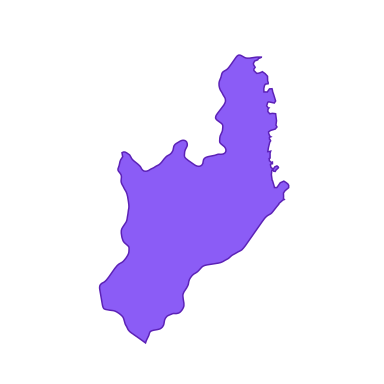 outline of Banica, La Estrelleta, Dominican Republic, rotated 125°
{"feature_id": "3306468B73916150464178", "entity_name": "Banica", "entity_type": "district", "adm_level": 2, "iso_a3": "DOM", "parent_name": "Dominican Republic", "parent_adm1": "La Estrelleta", "projection": "albers", "projection_center": [-71.658, 19.016], "detail": "fine", "context": "isolated", "style": "filled", "palette": "violet", "viewbox_px": 384, "rotation_deg": 125, "n_neighbors": 0, "source": "geoboundaries", "source_scale": "gbopen_adm2", "svg_char_len": 5522}
<svg xmlns="http://www.w3.org/2000/svg" viewBox="0 0 384 384"><g transform="rotate(125 192 192)"><path d="M200.0,271.9L202.9,269.0L206.5,268.9L208.5,268.4L212.0,266.9L215.5,265.9L216.5,265.2L217.1,264.2L217.8,261.9L218.2,260.8L218.8,259.7L219.7,258.8L220.7,258.1L223.4,256.6L224.4,255.8L225.2,254.8L225.9,253.7L227.0,251.4L228.2,249.2L229.6,246.1L230.8,244.3L232.7,242.1L236.4,238.5L238.6,236.5L240.3,235.2L241.5,234.5L243.3,233.7L246.7,231.9L249.1,230.8L251.3,229.7L252.5,229.2L253.9,228.8L255.2,228.7L260.2,228.6L262.3,228.4L263.6,228.0L264.3,227.7L266.2,226.4L267.8,224.9L269.4,223.3L270.8,221.5L271.6,220.3L271.9,219.6L272.3,218.3L272.8,213.7L273.1,212.5L273.4,212.0L274.3,211.2L276.8,209.6L278.0,209.0L279.2,208.6L281.3,208.3L284.2,208.2L287.0,208.4L288.4,208.6L289.7,209.0L293.1,210.6L295.2,211.1L298.9,211.4L309.4,211.4L313.1,211.6L315.2,212.0L316.4,212.4L318.5,213.5L319.8,213.8L320.4,213.9L321.7,213.7L322.4,213.4L323.6,212.7L324.7,211.7L336.1,200.4L337.4,198.8L338.0,197.6L338.1,196.9L338.0,196.4L337.7,195.3L335.9,191.4L334.4,188.6L333.9,187.4L333.6,186.0L333.4,184.6L333.3,182.4L333.4,180.3L333.7,178.2L334.1,176.8L334.4,176.2L335.2,175.0L337.9,171.7L338.7,170.6L339.9,168.1L341.4,165.4L341.8,164.1L342.1,162.6L342.2,160.4L342.2,149.1L342.3,143.5L339.9,144.2L334.4,145.1L331.7,146.0L330.6,146.1L330.0,146.0L328.8,145.4L327.2,144.1L324.6,141.5L323.5,140.5L322.3,139.6L321.0,139.1L319.6,138.8L317.6,138.9L316.3,139.3L313.5,140.6L312.3,141.1L310.2,141.4L308.2,141.2L307.5,141.0L306.4,140.4L302.8,138.1L302.0,137.3L301.1,135.8L300.3,134.8L298.9,133.6L298.4,133.3L297.1,132.8L295.7,132.6L294.3,132.5L292.9,132.6L291.5,132.8L290.2,133.2L289.5,133.6L287.7,134.9L284.5,138.0L282.8,139.5L281.6,140.4L280.3,140.9L278.1,141.3L273.6,141.4L271.3,141.7L269.9,142.0L267.1,143.3L265.2,143.9L263.1,144.1L260.3,144.0L258.3,143.5L255.4,142.2L254.2,141.8L252.8,141.5L248.0,140.9L246.7,140.5L246.1,140.2L244.8,139.4L243.1,137.9L235.2,129.7L233.5,128.2L232.3,127.4L231.1,126.7L229.3,125.9L225.9,124.2L224.6,123.8L221.9,123.2L220.6,122.8L217.2,121.1L214.8,120.0L212.0,118.5L210.7,118.0L208.5,117.7L205.4,117.5L175.9,117.5L172.0,117.4L170.5,117.2L169.1,116.9L167.8,116.5L164.9,115.1L163.6,114.7L161.5,114.5L155.8,114.2L152.0,113.9L151.6,114.2L146.4,112.9L145.2,112.1L144.9,113.3L143.0,114.5L141.2,115.9L140.3,116.5L137.6,116.5L133.0,115.3L131.1,116.6L130.4,118.2L130.3,120.4L130.4,122.8L130.4,123.0L133.8,125.0L139.5,125.0L139.8,125.2L141.1,127.0L140.3,127.8L136.5,132.6L136.5,133.0L132.3,136.9L128.4,139.1L127.7,138.4L128.1,136.9L127.4,135.6L126.1,135.8L122.5,135.1L122.0,135.8L121.9,137.4L123.9,138.6L125.0,138.6L126.6,138.6L126.6,141.4L124.6,143.5L123.9,143.5L122.7,142.3L122.0,142.8L121.5,143.2L122.2,143.4L122.0,146.5L120.3,148.0L119.4,147.5L116.0,149.9L115.5,150.3L113.4,151.0L114.6,152.0L115.5,153.1L111.4,155.0L106.6,156.9L105.0,156.9L104.4,157.9L104.4,158.7L104.0,159.0L103.2,159.7L102.8,159.9L102.4,159.7L101.5,159.1L101.6,160.3L100.6,161.9L100.0,162.8L98.8,163.8L96.5,162.9L92.7,159.9L90.0,159.7L89.8,160.0L89.1,161.6L86.2,163.1L85.2,163.6L79.9,168.4L80.1,168.7L80.4,169.4L81.4,171.2L83.3,173.2L82.6,176.0L80.7,177.2L79.1,177.2L79.4,177.6L78.6,180.3L75.1,181.4L74.1,180.8L71.9,175.6L69.5,175.7L67.6,178.1L65.2,181.2L63.6,183.4L62.3,184.7L61.5,185.7L63.1,187.7L64.0,187.7L66.9,187.7L68.8,190.5L66.1,192.5L65.6,192.7L63.4,193.6L63.1,193.7L61.5,193.7L59.9,192.0L59.6,191.7L59.1,192.1L58.5,192.5L57.7,193.7L53.9,196.5L53.7,197.3L53.1,200.1L53.1,203.4L53.4,203.5L55.8,205.0L56.2,205.3L57.7,207.0L57.0,211.0L55.8,211.8L53.6,211.8L52.5,214.5L51.3,215.5L48.8,215.8L46.1,214.0L44.5,214.1L42.2,212.5L42.4,212.2L41.7,212.6L44.1,216.0L45.6,217.7L49.3,221.6L50.6,223.4L51.3,224.7L51.5,225.3L51.7,226.7L52.0,229.9L52.3,231.1L52.6,231.6L52.9,232.1L53.4,232.5L54.6,233.0L56.5,233.2L65.4,233.2L69.2,233.3L70.7,233.5L72.1,233.9L74.3,234.9L75.4,235.4L76.7,235.6L78.0,235.4L79.1,235.0L81.4,234.1L85.3,233.2L86.6,232.7L87.8,232.0L89.5,230.7L91.0,229.1L92.2,227.3L93.5,224.3L94.7,222.0L95.7,219.7L96.3,218.5L97.2,217.6L97.7,217.2L98.7,216.5L100.2,216.1L102.4,215.8L105.5,215.9L112.5,216.2L114.7,216.2L116.1,216.0L117.3,215.5L117.9,215.1L118.3,214.5L118.7,213.3L118.8,212.0L118.9,207.8L119.1,206.4L119.3,205.8L119.7,205.2L120.1,204.8L121.0,204.1L124.2,202.3L125.5,201.9L128.8,201.3L130.1,201.0L131.8,200.2L134.4,198.6L135.3,197.8L135.8,196.7L136.0,195.5L136.3,191.6L136.7,190.3L137.3,189.2L138.1,188.3L139.3,187.6L139.9,187.5L140.6,187.4L141.2,187.5L141.9,187.7L143.0,188.3L143.8,189.1L144.6,190.0L145.5,191.5L146.2,192.4L148.8,194.3L153.7,199.0L155.4,200.3L156.7,200.9L157.4,201.1L158.7,201.1L159.8,200.7L162.4,199.5L163.6,199.4L164.3,199.4L165.5,199.8L166.5,200.5L167.3,201.5L167.9,202.8L168.2,204.2L168.3,205.6L168.3,213.2L168.1,216.1L167.8,217.4L167.6,218.0L167.2,218.5L166.3,219.3L163.2,221.1L161.4,221.7L157.4,222.3L156.2,222.8L155.2,223.6L154.4,224.6L154.1,225.1L153.9,225.8L153.9,226.5L153.9,227.2L154.1,227.8L154.4,228.4L154.7,229.0L155.6,229.9L156.6,230.6L157.2,230.9L159.0,231.7L161.2,232.7L162.4,233.1L163.1,233.2L164.4,233.2L165.0,233.1L166.2,232.6L167.8,231.9L169.0,231.4L170.3,231.3L171.7,231.2L173.7,231.6L177.1,233.2L178.5,233.5L180.7,233.8L185.3,234.0L187.5,234.4L188.8,234.8L191.6,236.3L194.1,237.3L196.9,238.9L199.2,239.9L200.3,240.6L201.2,241.4L201.6,241.9L202.2,243.0L202.4,243.7L202.4,245.0L202.1,246.2L200.8,248.9L200.5,250.3L200.2,252.5L199.9,257.1L199.6,259.3L199.2,260.6L198.1,262.8L197.4,264.4L197.4,268.0L197.7,269.8L198.3,270.8L198.7,271.2L200.0,271.9Z" fill="#8b5cf6" stroke="#5b21b6" stroke-width="1.5"/></g></svg>